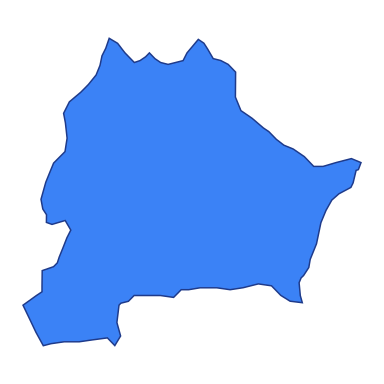 Kyongsong, Hamgyŏng-bukto, North Korea
{"feature_id": "82179303B44322363830429", "entity_name": "Kyongsong", "entity_type": "district", "adm_level": 2, "iso_a3": "PRK", "parent_name": "North Korea", "parent_adm1": "Hamgyŏng-bukto", "projection": "robinson", "projection_center": [129.427, 41.678], "detail": "fine", "context": "isolated", "style": "filled", "palette": "blue", "viewbox_px": 384, "rotation_deg": 0, "n_neighbors": 0, "source": "geoboundaries", "source_scale": "gbopen_adm2", "svg_char_len": 1469}
<svg xmlns="http://www.w3.org/2000/svg" viewBox="0 0 384 384"><path d="M122.5,49.7L117.6,43.3L109.2,38.3L105.8,48.2L102.0,55.8L100.0,65.4L96.1,75.0L88.4,84.5L80.8,92.2L69.4,101.8L63.6,113.3L65.4,122.8L67.1,138.2L65.0,151.6L53.6,163.1L49.7,172.6L45.8,182.2L41.0,199.3L42.8,209.0L46.5,214.7L46.4,222.4L52.0,224.4L65.2,220.5L70.8,230.1L66.9,237.8L63.1,247.5L59.2,257.1L57.3,262.9L53.5,266.7L42.2,270.6L42.1,278.3L42.0,286.0L42.0,291.8L36.3,295.6L23.0,305.2L26.7,312.9L30.4,320.6L35.9,332.2L43.3,345.7L50.9,343.7L64.1,341.8L79.1,341.8L92.3,339.9L107.4,337.9L114.8,345.6L120.6,336.0L116.9,322.5L119.0,305.2L120.9,303.2L128.4,301.3L134.1,295.5L139.7,295.5L147.3,295.5L160.4,295.5L173.6,297.4L175.5,295.5L181.2,289.7L188.7,289.7L200.0,287.8L216.9,287.8L230.1,289.7L243.2,287.7L258.3,283.9L271.5,285.8L280.8,295.4L290.1,301.2L302.3,302.7L300.3,295.6L299.1,282.7L301.1,277.9L303.6,275.5L308.8,267.5L310.2,259.4L316.5,243.8L320.9,222.7L326.0,210.4L331.8,200.1L338.9,193.8L350.9,187.4L353.1,182.9L356.1,170.4L358.4,169.6L361.0,162.6L351.4,158.6L336.3,162.5L323.1,166.4L313.7,166.4L304.4,156.7L293.2,149.0L283.9,145.2L276.4,139.4L268.9,131.7L263.3,127.9L252.1,118.3L240.9,110.6L240.4,109.3L235.4,97.1L235.5,85.6L235.6,72.1L228.2,64.4L220.7,60.5L213.2,58.6L207.6,49.0L203.9,43.2L198.3,39.4L187.0,52.9L183.1,60.6L175.6,62.5L168.1,64.4L160.6,62.5L155.0,58.7L149.4,52.9L145.6,56.8L140.0,60.6L134.3,62.5L125.0,52.9L122.5,49.7Z" fill="#3b82f6" stroke="#1e3a8a" stroke-width="1.5"/></svg>